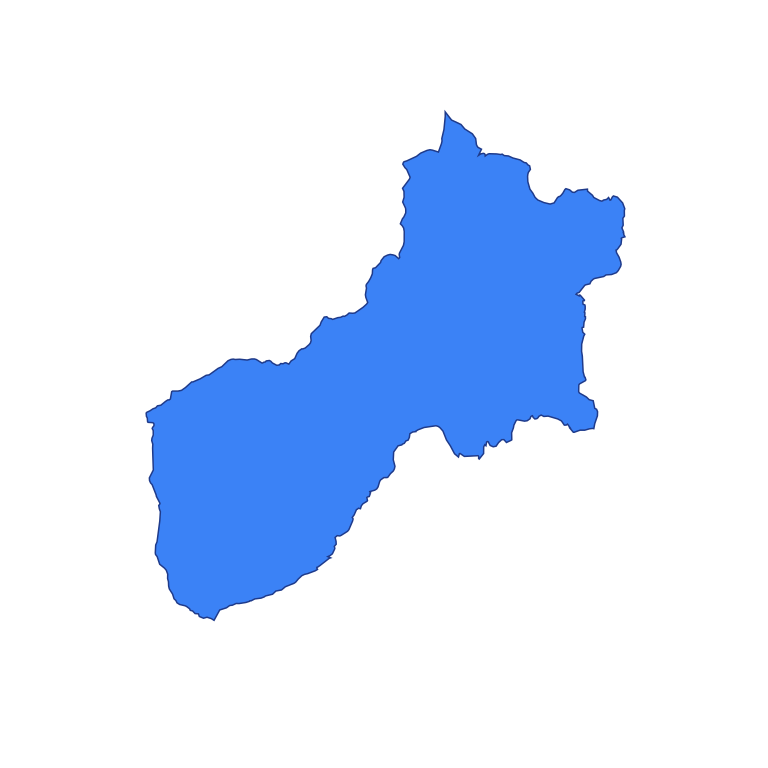 Criscior, Hunedoara, Romania, rotated 230°
{"feature_id": "2599482B35707480830117", "entity_name": "Criscior", "entity_type": "district", "adm_level": 2, "iso_a3": "ROU", "parent_name": "Romania", "parent_adm1": "Hunedoara", "projection": "equal_earth", "projection_center": [22.863, 46.127], "detail": "fine", "context": "isolated", "style": "filled", "palette": "blue", "viewbox_px": 768, "rotation_deg": 230, "n_neighbors": 0, "source": "geoboundaries", "source_scale": "gbopen_adm2", "svg_char_len": 6146}
<svg xmlns="http://www.w3.org/2000/svg" viewBox="0 0 768 768"><g transform="rotate(230 384 384)"><path d="M553.1,605.8L549.6,602.9L540.4,593.5L534.9,586.1L532.8,584.6L531.2,582.5L526.7,574.8L531.9,571.5L533.9,569.8L535.3,567.1L537.3,560.5L537.5,555.2L540.3,544.8L541.4,542.2L541.2,541.2L540.3,539.7L536.3,539.1L533.7,539.3L525.6,536.9L524.6,535.2L522.0,524.0L518.7,523.1L514.1,519.4L511.4,515.3L504.8,513.5L503.3,512.5L501.1,510.6L499.2,506.6L498.7,504.3L496.2,499.5L493.7,499.7L490.9,499.3L487.9,497.6L480.0,490.9L477.7,488.0L474.3,479.9L473.3,478.8L470.8,477.3L470.6,475.8L475.2,475.1L477.1,473.9L479.3,472.0L480.5,469.5L481.4,465.9L480.4,461.1L479.3,459.5L478.5,452.3L479.6,449.9L478.8,448.6L475.9,445.9L473.9,442.1L472.4,438.1L471.6,434.5L470.7,433.3L468.7,432.2L464.3,427.1L462.1,425.8L456.9,423.9L456.4,422.1L456.2,417.3L457.1,407.4L458.2,405.6L460.8,402.9L460.7,399.9L461.2,397.2L462.3,396.3L463.0,393.6L464.5,391.3L466.5,386.2L468.1,385.5L469.9,383.7L472.3,383.4L473.7,381.2L471.9,375.8L470.1,372.7L469.3,360.7L467.6,358.4L464.1,356.1L462.7,353.9L462.3,351.9L462.2,346.8L463.1,344.3L463.8,343.6L464.1,340.3L463.4,337.2L460.8,331.9L461.4,327.7L460.4,323.9L463.3,322.5L464.0,321.5L464.4,319.7L466.1,318.0L465.9,316.1L467.2,313.9L471.9,312.0L474.2,311.9L475.7,311.3L477.4,308.6L477.2,307.2L478.0,305.8L478.1,304.6L478.7,303.9L484.7,302.0L486.4,300.9L488.4,298.5L490.3,294.6L495.7,289.4L498.4,285.8L500.0,284.5L501.2,282.6L502.1,279.4L501.5,270.9L502.6,267.0L503.4,255.9L505.0,253.3L506.1,246.6L508.4,239.0L509.2,238.0L508.9,229.6L509.3,224.8L510.9,221.8L514.5,217.5L514.6,216.4L509.8,210.7L509.9,209.3L510.8,208.1L511.1,205.5L511.2,199.4L512.9,196.4L512.5,193.8L513.5,191.1L513.9,187.5L514.8,184.1L514.6,183.1L511.9,181.2L510.1,180.8L507.0,178.6L506.3,178.6L503.0,182.0L501.8,182.3L500.4,181.5L499.8,180.6L499.5,178.9L498.9,177.8L496.7,177.3L493.2,174.4L491.6,171.4L490.0,169.7L486.5,168.2L483.6,165.5L466.4,152.0L462.9,143.9L460.7,142.3L458.2,141.6L456.0,141.7L445.6,138.2L444.2,137.4L436.6,135.7L436.0,134.7L435.8,133.4L432.7,131.6L429.9,130.6L423.3,124.3L409.0,108.7L407.4,105.6L401.6,100.2L400.2,99.4L397.6,99.3L390.1,96.3L384.0,97.5L381.3,97.5L377.4,96.1L374.1,93.2L371.1,91.8L367.6,89.1L365.0,87.8L359.0,87.0L354.4,85.1L352.0,85.4L349.4,84.8L346.5,85.7L341.8,89.2L340.3,89.8L336.8,90.6L335.1,90.1L333.2,91.5L329.6,91.7L327.2,94.1L324.6,93.1L320.6,95.2L319.1,98.5L315.3,100.9L312.2,101.9L316.5,112.9L313.8,119.5L313.5,123.4L312.0,125.7L310.9,129.7L309.0,131.8L305.4,137.8L304.0,141.2L304.2,141.6L303.9,142.3L303.4,142.6L302.4,146.9L299.0,152.2L297.9,155.4L297.8,157.0L294.6,163.5L294.9,168.1L292.1,173.1L292.1,178.1L289.1,187.3L289.0,189.1L289.7,192.9L290.0,197.8L289.2,200.9L287.8,203.6L285.1,211.3L284.7,213.9L286.3,214.2L286.7,214.8L286.4,215.2L286.1,218.1L285.7,230.0L285.2,231.3L287.9,230.0L287.2,232.6L287.1,235.3L289.2,239.9L289.7,240.7L291.6,241.6L292.0,244.4L294.4,246.2L297.9,247.9L297.9,250.7L296.0,252.5L295.6,253.9L294.6,261.4L295.0,263.5L299.2,271.8L300.5,273.6L302.2,273.9L302.9,277.0L305.5,282.2L305.2,283.3L305.3,284.5L303.6,285.8L305.3,288.4L305.8,290.9L305.1,295.7L305.3,296.4L308.1,297.9L308.1,298.7L307.3,300.4L308.6,302.6L309.3,303.1L309.3,303.8L310.7,304.0L308.6,308.7L308.3,311.0L309.0,313.3L312.1,318.0L312.7,319.7L312.4,323.7L310.3,326.3L310.1,327.0L311.2,331.3L311.4,335.3L312.3,337.4L313.9,339.5L320.0,342.4L325.7,347.7L327.6,355.1L325.9,358.5L326.1,359.4L325.5,361.4L326.3,364.2L325.5,366.5L326.8,369.1L329.3,371.9L328.8,375.1L327.0,377.9L327.4,378.3L327.0,380.7L324.9,386.8L318.6,397.0L316.6,398.3L314.6,398.8L310.0,398.9L301.0,395.9L294.1,395.1L285.2,393.2L280.2,394.1L282.2,397.0L281.9,397.6L276.9,399.0L268.6,410.0L267.7,410.0L266.1,408.6L265.3,408.7L266.7,415.6L271.8,420.0L272.7,422.2L271.2,422.4L273.6,425.3L273.4,426.3L272.8,426.7L268.7,425.8L265.7,427.3L264.3,429.9L265.5,434.1L265.7,438.4L264.3,440.1L260.5,440.2L259.2,445.0L259.1,446.0L264.6,450.4L267.2,454.9L269.0,457.1L271.0,461.6L271.1,462.5L270.6,463.4L265.2,467.8L263.8,470.1L263.5,473.5L264.6,475.4L264.6,476.5L264.3,477.3L262.5,476.8L260.2,477.1L259.2,478.9L259.2,480.4L259.7,481.8L259.2,484.4L256.4,485.6L253.9,489.1L245.6,494.6L241.7,496.2L236.6,495.7L235.4,497.2L235.3,498.8L230.6,498.4L230.8,498.0L225.4,498.0L224.8,498.6L222.6,504.5L219.6,508.1L217.6,512.6L215.9,515.2L214.9,516.0L218.2,520.0L222.4,527.0L225.5,529.8L228.0,530.6L229.9,529.8L236.7,533.5L240.1,531.1L243.9,530.7L251.5,527.9L253.0,528.2L258.0,532.6L258.4,533.8L257.1,540.4L257.4,541.3L260.0,542.4L260.5,542.1L265.4,544.4L277.8,553.8L282.1,556.4L287.5,561.1L292.3,567.8L293.1,569.8L295.8,569.5L299.5,571.6L299.9,572.2L299.2,573.4L302.8,577.0L304.5,580.3L306.1,581.6L306.7,581.1L309.4,583.7L310.2,583.6L312.1,586.3L314.4,588.2L315.5,588.7L316.8,587.9L317.5,587.9L319.5,589.4L319.8,590.1L319.1,591.0L319.4,591.5L325.9,591.4L326.5,590.9L326.0,590.1L329.3,588.8L329.5,590.4L328.7,592.3L330.5,601.0L330.4,602.1L328.4,606.1L329.6,608.6L329.8,611.9L329.4,613.3L325.1,621.4L324.8,624.3L321.6,628.7L319.9,633.6L320.3,636.3L322.0,640.9L323.2,642.5L325.3,643.8L330.1,645.6L335.0,646.5L337.4,647.8L337.1,648.7L337.4,650.3L338.7,655.4L342.1,659.0L343.1,659.4L343.0,660.5L341.9,663.2L344.3,663.7L345.3,664.5L346.1,664.5L346.3,665.2L350.7,666.6L351.9,669.3L357.4,673.5L358.1,676.1L362.4,679.6L363.5,681.1L369.3,683.2L377.1,682.9L380.6,680.6L380.5,679.2L379.2,676.0L379.5,675.3L382.5,675.9L382.3,673.2L383.9,670.2L383.7,669.5L384.2,668.3L386.1,667.0L392.0,664.6L394.6,665.0L400.9,663.9L402.5,665.1L407.8,657.1L408.3,653.1L409.8,651.6L413.4,651.0L416.7,648.9L416.7,647.6L415.2,643.6L414.7,640.9L414.7,639.2L415.2,638.3L415.3,636.8L413.4,630.7L415.1,626.9L420.2,623.1L426.1,620.1L429.9,619.7L434.6,620.7L439.4,621.0L446.5,624.2L450.7,627.4L452.3,629.1L453.3,630.6L454.3,634.1L457.5,635.8L459.3,635.1L461.9,635.1L463.7,633.7L468.2,632.3L474.3,628.0L478.7,625.9L481.7,622.9L484.1,622.3L484.8,620.9L487.8,618.2L492.8,612.6L493.4,611.0L493.6,608.1L494.6,608.9L495.9,609.0L496.9,608.3L498.1,606.0L498.4,603.4L501.2,609.6L504.9,608.1L506.6,608.3L508.0,608.7L513.1,612.0L518.8,612.5L527.4,609.8L533.3,609.8L542.8,605.4L553.1,605.8Z" fill="#3b82f6" stroke="#1e3a8a" stroke-width="1.5"/></g></svg>